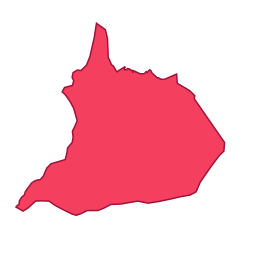 Isokan, Osun, Nigeria (Mercator projection), rotated 9°
{"feature_id": "59680162B6205124943279", "entity_name": "Isokan", "entity_type": "district", "adm_level": 2, "iso_a3": "NGA", "parent_name": "Nigeria", "parent_adm1": "Osun", "projection": "mercator", "projection_center": [4.166, 7.3], "detail": "fine", "context": "isolated", "style": "filled", "palette": "rose", "viewbox_px": 256, "rotation_deg": 9, "n_neighbors": 0, "source": "geoboundaries", "source_scale": "gbopen_adm2", "svg_char_len": 1604}
<svg xmlns="http://www.w3.org/2000/svg" viewBox="0 0 256 256"><g transform="rotate(9 128 128)"><path d="M29.7,223.6L37.4,226.5L41.7,222.7L48.2,214.6L55.1,213.3L61.5,212.6L67.6,215.6L73.7,217.8L80.2,219.9L86.1,221.7L90.5,222.3L95.4,219.7L100.5,216.0L111.1,214.2L116.6,211.0L123.0,206.2L133.6,204.0L143.3,200.6L149.3,198.7L159.6,199.1L170.6,195.5L181.7,191.3L189.9,187.9L199.8,184.5L205.2,180.4L206.2,176.5L207.8,170.3L211.1,163.3L215.8,153.6L219.3,146.9L222.6,140.7L222.8,140.5L226.3,135.9L225.7,127.3L188.9,88.8L188.9,85.6L182.9,81.4L169.6,76.1L167.6,67.1L157.1,73.8L154.9,74.6L152.0,74.4L150.1,73.6L148.8,73.8L146.1,71.9L143.0,69.9L142.0,68.1L141.0,67.4L140.4,67.1L139.6,68.0L138.6,69.7L138.6,70.0L137.1,69.4L136.4,70.6L135.9,71.4L135.0,72.0L131.4,72.5L129.8,72.1L129.4,71.9L127.3,71.6L127.3,71.3L125.9,70.9L124.4,70.6L124.4,71.0L124.5,71.8L123.8,72.0L123.7,71.5L123.3,70.5L122.2,70.4L120.8,69.9L120.4,70.1L119.8,69.3L119.0,69.5L118.3,69.3L118.0,69.5L117.2,70.9L116.4,70.7L115.6,71.0L115.1,70.2L115.6,68.4L115.2,68.1L108.1,74.3L103.9,69.1L101.8,68.1L97.4,61.2L93.8,43.1L92.3,39.3L90.2,34.4L80.5,29.5L80.5,44.0L79.6,57.8L79.6,58.0L79.2,63.6L77.1,72.5L72.6,78.6L68.9,78.7L65.1,81.9L64.9,86.7L67.0,89.9L66.4,94.6L59.0,97.9L57.3,102.6L60.8,104.9L66.7,111.0L71.4,117.2L76.7,128.9L75.2,134.7L73.6,139.9L75.2,145.6L75.2,150.8L72.7,155.0L71.5,157.0L71.5,162.2L71.0,169.0L57.6,175.3L54.0,180.4L51.9,188.8L49.4,192.7L46.7,193.5L44.0,195.0L41.4,197.4L38.4,203.1L36.6,206.7L36.0,210.6L34.3,212.3L34.0,212.7L32.1,216.9L32.4,220.2L30.6,222.1L29.7,223.6Z" fill="#f43f5e" stroke="#9f1239" stroke-width="1.5"/></g></svg>